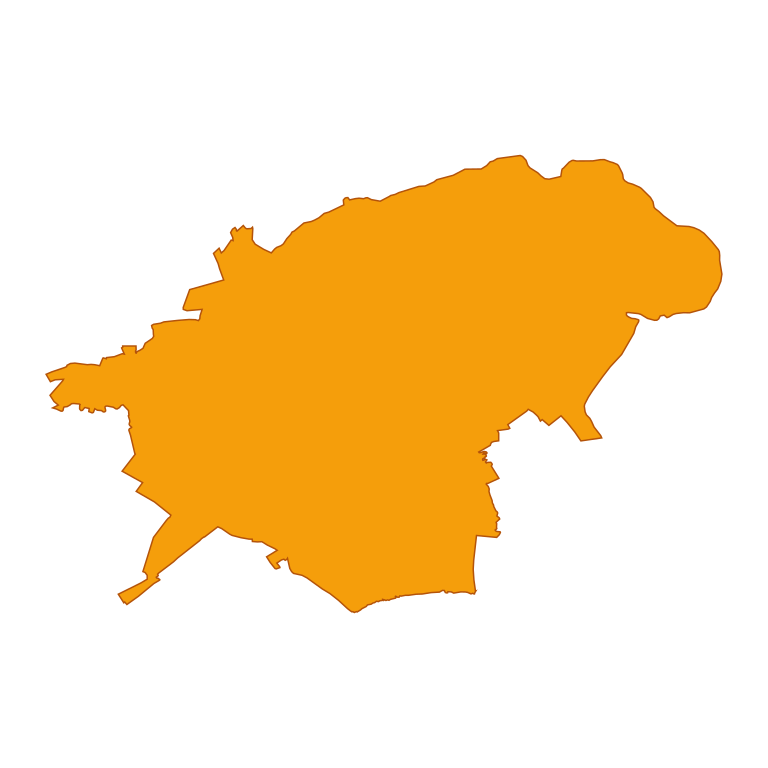 the district of Balc, Bihor, Romania
{"feature_id": "2599482B50567308874625", "entity_name": "Balc", "entity_type": "district", "adm_level": 2, "iso_a3": "ROU", "parent_name": "Romania", "parent_adm1": "Bihor", "projection": "equal_earth", "projection_center": [22.518, 47.312], "detail": "fine", "context": "isolated", "style": "filled", "palette": "amber", "viewbox_px": 768, "rotation_deg": 0, "n_neighbors": 0, "source": "geoboundaries", "source_scale": "gbopen_adm2", "svg_char_len": 6088}
<svg xmlns="http://www.w3.org/2000/svg" viewBox="0 0 768 768"><path d="M475.7,591.2L475.5,591.3L473.9,579.9L473.2,569.3L473.7,560.3L476.5,535.5L496.7,537.4L499.3,534.7L500.4,532.5L500.1,531.8L497.0,531.5L496.0,531.1L495.2,530.2L495.4,529.5L496.2,529.3L496.8,528.6L496.5,527.1L496.7,523.7L496.1,522.7L496.2,522.2L499.7,519.0L499.2,517.8L496.9,516.0L497.7,513.0L497.2,511.9L495.9,510.8L493.8,506.6L493.5,504.9L492.4,503.0L492.1,500.5L489.9,494.8L489.0,491.5L489.2,489.0L488.9,488.1L488.3,486.5L486.2,484.1L486.5,483.4L487.9,483.4L498.9,478.3L491.3,466.1L492.2,464.5L491.9,463.5L490.8,462.3L487.5,462.4L486.3,463.0L485.5,462.0L486.9,459.9L485.0,459.1L484.1,460.0L482.9,460.3L482.6,459.5L482.8,458.8L485.0,457.6L485.2,456.7L486.1,456.5L486.4,456.0L485.7,454.6L484.7,454.0L483.0,454.1L483.3,453.6L483.9,453.1L486.5,453.7L486.9,453.3L486.9,452.6L486.2,451.9L484.4,451.5L483.4,451.6L481.0,452.6L479.2,452.7L478.7,452.0L490.3,445.3L490.8,443.6L491.7,442.3L493.8,441.5L498.7,440.8L498.7,433.0L497.5,430.6L508.2,429.1L509.8,428.3L507.8,424.6L526.7,411.1L528.2,409.3L533.1,412.0L536.2,414.8L538.0,416.6L540.4,421.1L542.2,419.6L548.9,425.4L561.0,415.8L567.1,422.4L574.8,432.0L580.9,440.9L601.7,437.9L600.7,435.6L594.1,427.1L591.5,421.3L589.8,418.3L586.4,414.9L585.1,411.8L584.3,406.3L584.7,404.2L588.3,397.2L592.5,390.7L602.5,376.8L610.2,366.8L621.6,354.5L633.8,333.4L635.7,326.8L638.6,321.7L638.8,320.1L638.1,319.6L635.0,318.7L631.7,318.4L629.1,317.2L627.3,316.1L626.4,314.9L626.5,312.7L628.2,312.5L638.4,313.6L640.9,314.4L647.5,318.4L654.5,320.3L656.9,320.2L658.6,319.0L660.3,315.9L664.2,315.2L667.0,317.6L669.2,316.8L673.1,314.4L676.2,313.5L683.3,312.7L689.7,312.8L703.9,308.9L706.5,307.0L710.2,301.4L711.7,297.4L714.6,292.9L717.7,288.9L720.8,281.3L721.9,274.1L719.6,260.3L719.7,255.4L719.3,251.6L718.3,249.6L711.7,241.5L704.0,233.3L699.2,230.0L693.9,227.7L689.0,226.5L676.9,225.8L663.5,215.8L658.9,211.5L655.1,208.6L654.0,207.1L653.0,201.8L650.4,197.4L641.3,188.4L639.5,187.2L632.7,184.2L628.1,182.9L624.8,180.8L623.3,178.8L622.7,174.5L622.1,172.8L618.5,165.7L617.4,164.5L613.0,162.6L610.3,161.9L604.3,159.6L600.2,159.7L592.8,160.9L576.5,161.0L573.1,160.3L571.8,160.6L569.1,162.2L563.4,168.2L562.3,168.9L561.8,170.2L560.8,176.5L549.1,179.2L544.8,178.7L541.0,175.9L537.9,172.9L530.0,167.9L528.0,165.6L526.0,160.2L522.6,156.5L520.2,155.5L497.3,158.6L493.1,161.1L490.2,161.8L486.7,165.6L481.2,169.0L464.9,169.2L453.2,175.3L436.8,179.7L433.9,182.0L425.2,186.0L418.9,186.4L398.9,192.6L395.2,194.4L390.4,195.6L389.8,196.2L380.2,201.2L371.3,199.6L367.5,197.7L365.9,197.8L363.6,198.7L359.1,198.2L355.5,198.6L349.6,199.9L347.9,197.6L346.1,197.7L344.8,198.3L343.3,200.1L343.8,204.9L328.8,212.1L324.2,213.4L318.9,217.8L314.6,220.1L311.3,221.5L303.9,223.0L294.3,231.0L292.0,232.1L290.7,234.4L286.8,238.7L283.4,243.9L281.0,245.7L276.7,247.4L274.7,249.0L271.3,252.9L263.8,249.4L255.2,244.2L252.2,239.7L252.8,228.6L252.5,227.2L251.1,228.5L246.8,228.8L245.5,228.2L243.3,225.5L237.0,231.1L236.4,230.7L236.4,229.4L235.0,227.5L232.5,229.2L230.6,232.6L232.7,237.4L233.1,240.6L231.2,240.1L224.0,250.6L221.3,252.9L219.1,248.2L213.5,253.4L218.1,263.5L219.6,268.8L223.7,280.0L189.7,289.6L183.2,307.5L183.3,309.4L187.0,310.7L202.1,309.4L200.1,315.7L199.8,318.8L198.4,320.6L195.4,319.7L189.1,319.5L177.8,320.4L163.9,321.9L160.5,323.2L153.6,324.3L151.6,325.5L152.2,328.1L153.2,329.6L153.4,334.3L153.7,336.3L152.4,338.4L145.2,343.3L143.0,348.3L139.9,350.3L137.0,351.6L136.3,353.1L136.0,353.1L135.6,352.4L135.5,351.0L136.1,349.9L136.0,346.0L122.7,346.0L122.8,347.0L121.6,347.9L124.3,354.1L122.3,353.7L114.3,356.7L106.5,357.6L106.3,358.7L103.2,357.9L102.8,358.2L99.7,365.7L94.6,364.7L91.1,364.4L87.3,364.7L74.9,363.1L70.4,363.5L67.0,365.3L66.6,366.6L64.7,367.5L51.7,371.9L46.1,374.3L50.4,381.7L55.1,379.8L63.5,379.3L62.7,380.8L50.0,395.3L54.0,401.5L58.3,405.1L52.7,407.9L56.4,409.0L60.9,411.1L62.1,411.2L63.0,410.5L63.7,407.4L64.1,407.0L67.2,406.6L70.2,404.9L71.5,403.7L73.8,403.5L79.2,404.0L80.1,404.5L79.7,405.4L79.6,408.6L79.8,409.3L81.0,410.6L82.5,410.3L84.7,407.6L85.2,407.6L89.2,408.5L88.8,411.6L92.1,412.9L93.4,412.4L94.8,408.7L97.3,410.2L101.5,410.6L103.1,411.8L104.0,412.0L105.1,411.6L105.6,411.0L105.6,410.0L105.0,407.7L105.1,406.7L105.7,406.2L107.1,406.0L113.3,407.2L115.8,408.8L117.1,409.0L119.4,407.6L121.2,405.4L123.0,404.8L128.5,410.6L128.9,415.2L128.3,415.8L129.7,420.3L129.8,421.9L129.3,423.2L129.2,424.4L129.7,425.4L131.6,427.1L131.6,427.5L129.6,428.7L129.0,429.4L128.9,430.4L130.5,435.2L134.8,453.4L135.3,454.1L122.1,471.2L142.6,482.6L136.2,491.4L154.4,501.9L170.9,515.1L169.8,517.3L168.4,518.1L166.3,520.5L153.5,537.4L142.9,571.6L145.1,572.5L147.2,575.3L147.2,579.2L140.6,583.1L118.3,594.2L123.8,602.8L124.7,602.0L126.9,604.5L138.4,596.3L153.9,583.5L159.7,580.1L159.8,579.6L158.1,578.3L156.8,578.1L156.3,577.5L156.3,577.1L158.1,575.8L158.2,575.4L157.6,574.2L158.5,573.2L173.5,561.8L177.7,557.9L199.6,540.7L201.6,538.6L204.1,536.9L204.5,537.0L217.8,526.8L221.7,528.6L229.8,534.2L232.1,535.4L241.0,537.7L249.0,539.1L252.2,539.2L252.4,541.5L257.3,541.9L261.9,541.7L267.4,545.1L275.0,548.8L277.2,550.3L266.6,556.8L270.2,562.5L275.0,568.5L276.2,568.9L279.9,567.6L279.7,566.7L276.8,563.1L281.5,559.9L283.9,559.2L285.2,560.3L286.7,559.5L287.5,558.3L289.8,568.5L291.6,571.6L293.5,573.4L302.1,575.3L307.0,577.9L322.2,588.9L330.0,593.6L338.6,600.4L347.6,608.7L350.6,611.0L352.0,611.9L352.9,611.6L354.3,612.5L356.3,611.6L357.1,612.0L360.6,609.9L361.9,608.7L366.2,606.5L367.5,604.9L371.1,604.2L373.0,603.0L374.7,602.6L376.4,601.3L378.6,601.6L379.7,600.8L382.5,600.4L382.8,600.2L382.7,599.4L383.4,599.6L383.8,600.4L384.5,599.8L385.9,600.5L387.6,599.9L389.0,600.3L390.4,599.4L395.6,598.1L396.0,597.5L395.4,596.4L395.7,596.2L397.4,597.2L398.8,597.2L399.2,597.1L399.8,595.9L401.3,596.1L405.4,595.3L408.5,595.3L416.3,594.2L422.3,594.0L431.1,592.6L439.5,592.1L442.4,590.4L444.3,590.5L445.3,592.5L446.4,592.9L447.6,592.8L447.9,591.7L451.3,591.9L453.7,593.1L460.8,591.9L465.5,592.0L467.6,592.4L471.0,593.9L472.7,593.3L474.1,594.0L474.5,593.9L474.7,592.9L475.7,591.2Z" fill="#f59e0b" stroke="#b45309" stroke-width="1.5"/></svg>